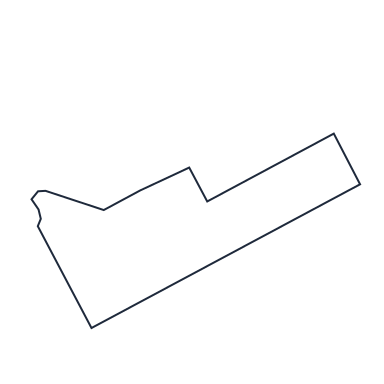 the district of Jim Wells, Texas, United States of America, rotated 242°
{"feature_id": "52423323B29014105242179", "entity_name": "Jim Wells", "entity_type": "district", "adm_level": 2, "iso_a3": "USA", "parent_name": "United States of America", "parent_adm1": "Texas", "projection": "robinson", "projection_center": [-97.972, 27.659], "detail": "fine", "context": "isolated", "style": "outline", "palette": "slate", "viewbox_px": 384, "rotation_deg": 242, "n_neighbors": 0, "source": "geoboundaries", "source_scale": "gbopen_adm2", "svg_char_len": 326}
<svg xmlns="http://www.w3.org/2000/svg" viewBox="0 0 384 384"><g transform="rotate(242 192 192)"><path d="M119.1,39.4L119.9,344.0L177.0,344.6L176.5,201.0L214.9,201.0L217.7,147.2L217.5,105.6L261.8,63.2L264.9,56.4L260.9,46.9L248.6,48.3L239.3,45.9L234.2,39.8L119.1,39.4Z" fill="none" stroke="#1e293b" stroke-width="2"/></g></svg>